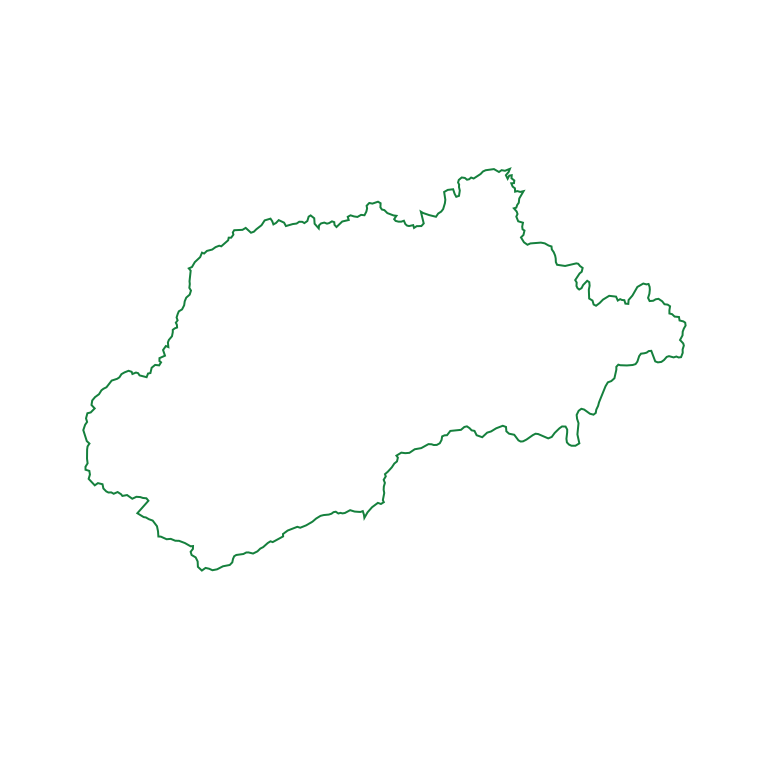 outline of Torixoréu, Mato Grosso, Brazil, rotated 27°
{"feature_id": "56859067B4494078996618", "entity_name": "Torixoréu", "entity_type": "district", "adm_level": 2, "iso_a3": "BRA", "parent_name": "Brazil", "parent_adm1": "Mato Grosso", "projection": "equal_earth", "projection_center": [-52.851, -16.299], "detail": "fine", "context": "isolated", "style": "outline", "palette": "green", "viewbox_px": 768, "rotation_deg": 27, "n_neighbors": 0, "source": "geoboundaries", "source_scale": "gbopen_adm2", "svg_char_len": 6165}
<svg xmlns="http://www.w3.org/2000/svg" viewBox="0 0 768 768"><g transform="rotate(27 384 384)"><path d="M163.9,602.6L172.3,605.6L174.1,602.2L178.7,601.1L181.4,604.5L185.3,605.8L187.7,605.8L190.2,604.4L193.0,604.5L195.7,601.2L199.8,601.6L201.7,602.5L205.5,599.6L211.8,600.5L214.6,596.9L218.2,595.4L220.9,595.0L224.2,593.7L227.1,595.0L222.9,611.1L230.3,611.7L232.4,611.0L235.9,611.2L239.9,610.7L246.3,613.8L249.5,617.8L252.2,622.3L254.5,621.3L260.8,621.0L264.3,618.8L269.2,618.4L272.5,616.8L278.8,616.1L285.4,616.4L287.4,615.1L288.6,617.7L287.9,621.3L290.2,623.7L294.9,624.0L298.5,626.7L301.2,631.4L306.4,632.9L308.5,628.9L312.0,628.0L315.7,627.8L319.4,624.9L323.3,619.5L328.7,615.3L329.8,611.8L328.9,608.5L328.7,605.5L330.0,603.4L335.9,599.3L337.8,596.6L339.7,595.6L344.3,594.5L347.2,590.6L348.5,586.8L350.4,584.2L352.6,578.5L354.3,575.7L356.6,575.4L363.3,565.6L362.1,563.5L364.7,558.3L371.6,550.6L374.6,550.1L378.8,545.3L382.8,539.1L384.6,534.7L387.3,530.3L389.7,528.2L394.1,525.4L396.1,523.4L397.2,521.1L399.0,519.7L402.1,520.1L403.7,518.6L405.8,518.1L407.7,516.7L411.1,511.8L415.7,511.0L418.6,509.8L421.1,508.7L422.8,506.9L425.5,509.6L427.3,512.2L427.6,505.8L429.3,499.2L432.5,492.7L435.7,492.3L437.5,489.4L435.7,488.0L433.7,481.0L431.7,478.4L430.4,475.4L429.7,471.7L427.2,469.5L427.5,465.5L425.8,463.9L427.2,460.5L428.8,454.7L429.3,450.2L430.7,447.1L429.8,443.3L427.6,442.2L430.6,437.3L434.3,436.0L437.9,433.8L441.0,428.2L446.3,424.2L450.9,417.4L453.8,416.1L456.0,415.8L458.7,414.3L460.6,411.5L460.7,407.8L459.6,404.3L461.2,402.3L463.4,401.0L464.4,395.7L473.4,389.9L475.1,385.8L477.1,384.1L480.3,384.5L483.1,385.5L485.9,384.7L489.8,387.6L495.7,386.8L498.0,380.5L500.9,377.7L504.1,372.5L508.8,367.3L512.2,366.9L514.5,370.6L518.0,371.5L523.1,370.1L529.4,373.2L531.9,373.2L533.9,372.0L536.2,368.8L539.8,362.0L541.6,359.5L544.1,358.6L555.0,357.9L557.5,355.0L558.3,350.1L560.4,343.9L561.9,341.0L565.1,339.5L567.9,341.4L569.2,344.0L571.4,350.0L573.5,353.0L576.4,354.0L579.0,353.9L582.6,352.1L585.0,348.2L579.2,341.1L575.1,330.6L571.8,327.3L569.7,324.1L569.6,319.5L571.1,316.5L573.9,315.9L581.0,317.0L584.6,316.2L585.8,313.6L584.8,310.5L584.7,306.3L583.9,302.7L582.4,285.5L582.7,280.9L585.2,278.2L586.7,274.3L584.5,265.7L583.2,263.2L584.0,260.4L586.0,260.0L592.0,257.2L596.9,254.2L599.1,252.1L599.6,249.1L598.7,243.3L599.2,240.3L601.9,238.5L603.8,236.8L604.9,234.5L607.1,233.1L615.4,240.7L618.2,240.4L621.1,238.4L622.6,235.5L623.6,231.5L625.3,229.8L630.0,228.8L632.0,226.8L634.5,226.6L636.5,225.2L636.0,220.6L634.4,217.7L633.7,213.6L632.2,212.0L627.8,210.4L627.9,205.1L626.4,201.8L626.0,198.5L626.2,195.0L624.5,192.6L622.4,192.3L618.5,193.2L616.4,190.4L612.3,192.0L609.0,191.0L606.3,191.6L604.8,188.7L603.6,184.9L600.7,184.5L597.7,185.6L594.3,184.0L589.9,183.5L587.6,185.2L586.1,187.6L583.0,189.5L580.2,187.4L579.5,183.1L578.0,179.2L576.6,176.9L574.3,174.8L572.6,176.1L569.4,176.8L565.7,182.5L565.2,192.4L563.8,198.1L565.3,201.7L562.6,202.8L560.1,200.2L557.9,201.1L555.9,201.2L554.4,203.5L551.1,200.8L544.6,203.2L540.8,209.4L539.4,213.9L537.4,218.0L534.7,218.0L531.9,215.0L528.0,214.7L523.7,207.0L522.6,203.1L520.7,200.1L518.2,199.8L516.5,205.4L516.5,208.9L515.0,211.2L513.0,210.8L511.0,209.3L509.6,206.1L507.2,204.6L508.1,196.7L509.2,194.2L508.3,190.4L505.1,189.9L502.5,188.7L500.6,189.2L491.8,196.6L484.1,199.2L481.8,197.4L480.0,194.2L478.2,191.9L475.4,189.5L472.4,187.9L470.8,185.4L467.8,185.9L463.4,185.7L459.6,186.8L450.6,192.3L448.6,194.8L444.4,194.2L439.5,191.2L440.6,187.9L439.5,183.5L437.3,183.3L435.7,181.1L434.6,177.2L429.7,178.1L425.9,174.8L425.8,171.9L423.9,170.1L420.0,168.5L421.8,166.8L421.4,163.9L421.8,161.3L420.3,157.3L420.8,148.8L418.2,151.0L415.2,151.6L413.5,153.1L411.8,150.2L409.0,149.7L406.3,147.4L408.6,146.0L407.7,143.5L404.2,142.8L403.0,140.0L401.0,141.5L401.0,145.0L397.8,142.6L398.8,138.5L398.5,135.1L395.0,139.1L391.7,140.1L390.2,142.9L384.4,142.6L377.5,147.4L375.7,149.7L374.7,153.1L370.6,160.2L367.9,160.5L366.9,162.9L365.2,164.3L362.5,163.7L359.5,164.7L358.0,168.2L358.5,170.8L360.4,172.2L361.4,174.5L363.7,177.2L365.4,182.3L363.4,184.4L360.6,182.5L357.2,179.1L352.7,182.1L350.4,185.6L355.0,192.0L356.2,195.3L357.3,201.3L356.7,204.4L354.9,207.5L354.4,211.4L347.5,213.0L341.1,213.9L338.6,213.7L346.5,222.9L345.6,226.3L341.5,228.5L339.9,231.3L337.9,229.2L334.6,231.9L332.6,232.4L330.4,231.8L327.6,229.5L325.7,231.5L323.1,232.8L320.3,233.4L318.2,232.5L318.7,228.5L315.9,229.5L309.4,230.2L305.4,228.9L302.9,229.5L300.6,228.2L298.9,224.5L295.9,224.3L291.8,228.5L288.7,229.4L287.6,233.1L289.2,235.2L290.0,238.4L290.0,242.5L286.8,243.7L284.5,247.2L281.2,248.3L277.6,248.9L275.8,251.5L278.1,253.9L273.0,258.2L270.4,265.7L267.7,264.7L266.2,262.4L263.8,262.7L262.0,265.6L260.4,267.0L257.5,267.3L255.0,269.5L254.1,272.2L255.2,275.0L249.4,272.7L246.6,268.0L242.1,267.1L240.9,269.1L241.7,273.6L240.0,276.8L237.6,276.6L234.8,277.9L233.3,280.7L230.1,282.9L224.9,287.8L221.7,285.6L215.8,285.8L214.7,289.5L213.0,292.0L210.5,289.7L207.8,288.2L203.4,292.4L202.8,298.1L200.0,304.1L198.9,307.4L196.8,309.6L189.9,307.7L187.9,310.9L180.7,315.0L180.5,317.6L182.0,319.3L181.4,323.0L179.2,324.1L179.9,326.7L176.5,335.2L174.4,335.6L171.8,338.5L169.9,342.2L165.8,345.8L164.5,349.4L162.2,349.6L162.6,354.4L160.1,361.3L159.8,366.9L157.6,369.6L160.3,370.8L164.1,380.8L165.6,383.1L166.9,386.7L169.6,388.4L170.3,392.6L168.6,396.8L168.9,400.8L170.2,404.6L170.2,409.2L168.2,412.4L168.4,415.2L169.0,418.9L171.2,421.0L170.7,423.9L172.6,425.3L174.0,427.6L172.4,429.3L171.2,431.6L172.3,433.8L173.4,437.7L172.3,442.4L172.6,445.1L175.1,449.0L172.4,449.2L171.7,454.0L176.0,458.2L172.2,462.9L173.5,465.5L175.5,465.9L175.2,469.5L171.4,470.9L169.6,475.0L170.9,480.3L169.0,481.8L169.4,485.7L162.3,487.3L160.0,486.0L157.8,486.4L155.3,489.3L153.6,487.7L150.4,488.2L147.5,491.5L145.6,494.4L145.2,498.2L143.9,500.5L139.8,504.6L138.2,512.9L136.2,515.6L135.1,517.9L134.7,522.5L132.5,526.8L131.5,531.1L132.9,535.5L137.3,537.1L135.6,542.5L133.0,544.7L134.1,549.9L136.7,552.6L136.2,556.0L137.0,561.6L145.1,569.8L148.6,570.8L148.2,574.2L149.2,577.1L153.3,585.4L155.9,589.2L155.6,593.3L157.0,595.9L160.9,595.2L163.1,598.2L163.9,602.6Z" fill="none" stroke="#15803d" stroke-width="2"/></g></svg>